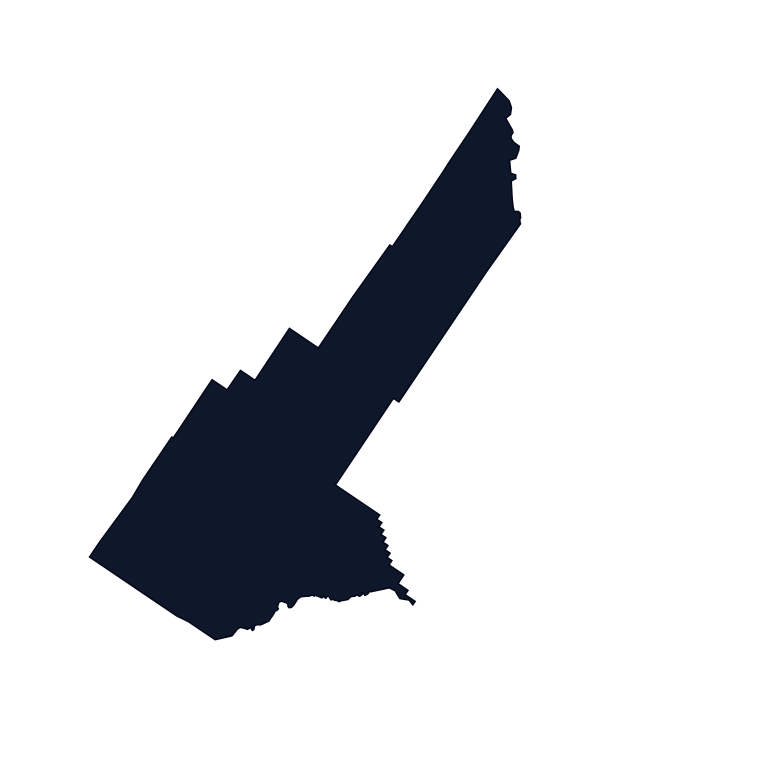 outline of Gallatin, Montana, United States of America, rotated 214°
{"feature_id": "52423323B38273154408522", "entity_name": "Gallatin", "entity_type": "district", "adm_level": 2, "iso_a3": "USA", "parent_name": "United States of America", "parent_adm1": "Montana", "projection": "robinson", "projection_center": [-111.391, 45.336], "detail": "fine", "context": "isolated", "style": "filled", "palette": "ink", "viewbox_px": 768, "rotation_deg": 214, "n_neighbors": 0, "source": "geoboundaries", "source_scale": "gbopen_adm2", "svg_char_len": 2536}
<svg xmlns="http://www.w3.org/2000/svg" viewBox="0 0 768 768"><g transform="rotate(214 384 384)"><path d="M531.4,75.9L471.0,75.8L451.2,75.8L426.0,75.8L413.4,77.6L392.8,77.6L381.0,77.6L369.2,90.2L368.4,99.1L367.3,101.4L366.6,101.9L366.1,102.4L365.0,102.7L364.2,103.0L363.2,103.3L362.4,103.6L362.1,103.9L361.7,104.0L361.0,103.9L360.2,104.1L359.1,105.9L359.0,106.7L358.5,107.1L358.3,107.6L357.6,107.4L357.0,106.8L356.4,106.6L355.9,106.2L355.3,106.1L355.1,106.4L354.6,107.7L356.0,110.9L355.0,113.1L351.4,115.5L349.1,119.4L346.8,123.1L347.0,126.6L346.8,129.3L347.0,132.8L347.3,134.8L346.1,136.5L345.9,138.6L347.6,139.4L349.1,144.3L347.5,146.6L344.9,147.4L342.3,148.0L340.8,147.8L339.1,145.9L337.7,145.4L336.0,146.8L335.5,148.2L335.2,151.1L335.2,153.6L335.3,157.3L334.1,161.0L331.7,163.0L329.5,164.8L327.2,166.5L326.2,168.1L324.8,169.0L323.0,169.3L323.0,170.5L323.2,171.1L322.4,171.4L321.9,171.0L320.9,170.7L320.4,171.2L319.2,171.2L317.1,171.8L316.1,171.8L315.4,173.1L315.4,174.0L313.8,174.5L313.6,173.8L313.0,173.6L312.3,174.1L312.4,174.8L312.2,176.3L311.4,177.0L310.3,176.9L309.6,176.2L308.2,175.9L307.6,175.4L306.4,176.1L305.7,177.1L303.8,177.1L302.2,178.1L299.4,178.5L298.2,180.5L296.4,182.2L295.0,183.6L293.4,185.1L293.0,187.1L292.4,189.4L290.9,190.7L289.4,191.8L289.2,192.8L288.6,193.7L288.5,194.4L287.8,194.2L286.1,194.1L285.3,194.8L284.4,197.2L284.8,198.0L285.2,198.7L284.0,199.3L283.3,198.9L283.0,198.5L281.7,198.1L281.1,199.0L280.2,200.6L280.0,201.7L280.0,203.5L278.9,204.4L278.6,204.5L265.7,217.9L259.2,218.8L250.9,215.0L242.4,218.9L236.6,217.1L236.6,221.2L248.7,221.2L248.7,226.3L260.7,226.4L260.8,236.8L278.7,236.8L278.7,242.0L284.4,242.0L284.4,247.2L290.4,247.2L290.4,252.3L296.4,252.3L296.4,257.6L302.4,257.6L302.4,262.8L308.3,262.7L308.3,267.9L314.3,267.8L314.3,273.0L367.8,273.1L368.2,377.4L361.6,377.4L361.8,534.9L360.4,593.2L361.1,593.6L363.6,596.5L363.5,597.9L366.6,601.8L369.1,602.2L372.5,599.9L376.0,603.0L381.2,609.1L392.0,623.4L389.6,628.0L391.8,631.0L396.7,629.6L405.0,639.7L401.0,644.9L402.9,653.0L404.8,656.7L411.6,657.0L415.9,658.6L417.6,661.0L417.6,664.4L419.6,666.4L425.1,669.0L431.7,672.4L429.9,678.2L432.9,684.4L438.6,688.7L450.5,691.3L455.0,692.2L454.1,639.0L454.1,624.0L454.0,602.6L453.7,593.7L453.5,551.3L453.8,527.0L453.7,526.2L453.9,502.5L456.9,502.5L458.6,439.8L458.6,377.1L493.5,377.2L493.0,315.0L510.6,315.0L510.8,291.4L528.9,291.4L528.9,283.3L528.7,251.6L528.6,236.9L528.6,221.4L530.3,221.4L530.4,169.5L529.2,148.9L531.4,94.1L531.4,75.9Z" fill="#0f172a" stroke="#020617" stroke-width="1.5"/></g></svg>